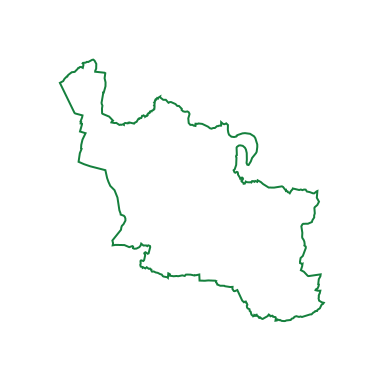 Mueang Nakhon Sawan, Nakhon Sawan, Thailand (Robinson projection), rotated 191°
{"feature_id": "78962969B39799880183753", "entity_name": "Mueang Nakhon Sawan", "entity_type": "district", "adm_level": 2, "iso_a3": "THA", "parent_name": "Thailand", "parent_adm1": "Nakhon Sawan", "projection": "robinson", "projection_center": [100.093, 15.705], "detail": "fine", "context": "isolated", "style": "outline", "palette": "green", "viewbox_px": 384, "rotation_deg": 191, "n_neighbors": 0, "source": "geoboundaries", "source_scale": "gbopen_adm2", "svg_char_len": 5988}
<svg xmlns="http://www.w3.org/2000/svg" viewBox="0 0 384 384"><g transform="rotate(191 192 192)"><path d="M67.6,89.0L65.9,90.0L63.1,89.8L61.7,90.5L60.2,90.3L52.6,94.4L51.3,94.7L49.9,96.8L48.6,97.8L48.3,98.6L46.5,99.1L46.3,100.3L44.3,102.2L43.3,106.1L42.0,107.2L41.5,108.4L43.6,108.5L46.5,109.6L47.5,111.9L47.4,113.2L47.8,114.1L47.6,116.1L47.3,116.6L47.2,119.6L49.6,119.1L52.0,119.2L51.9,119.9L50.3,121.4L49.8,123.7L49.8,125.4L50.5,125.5L50.9,130.6L49.9,133.7L50.0,135.7L61.5,131.7L62.4,131.8L67.0,135.1L70.2,136.0L69.7,140.1L69.8,142.7L70.6,142.2L71.2,142.8L72.3,142.8L72.7,144.1L72.8,147.9L71.0,150.4L69.6,158.8L70.0,160.2L71.5,160.9L71.4,162.2L72.3,164.8L73.6,166.7L74.6,167.5L75.3,168.8L75.9,173.0L78.1,179.2L77.5,181.2L76.8,182.0L72.1,183.0L68.6,185.4L68.4,187.3L67.2,190.3L67.6,192.2L67.4,194.5L68.8,199.6L68.6,200.5L66.5,203.2L65.5,206.7L68.4,210.2L69.1,216.9L69.7,216.5L71.8,214.0L73.0,213.8L76.6,214.4L79.3,214.4L80.9,216.0L82.5,215.8L84.0,214.9L85.6,215.2L87.2,214.4L93.7,214.7L93.8,213.8L94.9,212.1L95.8,209.4L97.0,210.1L98.0,210.1L98.4,210.9L99.4,211.1L99.9,210.9L100.2,212.2L101.0,212.0L103.5,214.3L104.8,214.7L112.2,212.0L117.6,211.0L123.8,213.4L126.3,214.9L129.8,216.0L129.9,214.4L132.1,214.9L132.7,213.9L134.2,214.4L135.2,214.0L135.2,213.2L135.6,212.6L136.2,212.9L137.7,212.4L140.3,212.1L141.2,212.5L141.8,210.3L142.8,210.0L142.9,210.5L145.4,211.9L145.6,212.5L144.9,213.2L144.4,214.6L144.9,215.4L145.4,215.7L146.1,215.5L146.5,214.5L147.1,214.1L147.9,215.4L150.2,217.9L150.4,219.1L151.1,220.2L151.9,220.3L153.0,219.2L154.0,219.4L155.3,221.3L154.4,222.5L153.8,227.0L154.9,234.2L155.5,235.0L155.5,236.3L155.0,236.7L156.7,244.0L156.5,244.8L155.6,245.8L154.8,246.6L153.5,247.0L151.0,247.0L148.5,245.6L147.2,244.0L145.7,240.7L144.3,234.1L144.0,230.9L142.9,229.3L141.6,229.3L140.1,233.2L139.5,236.9L136.6,242.4L136.2,243.8L136.5,248.6L137.0,251.1L140.1,256.9L141.7,258.5L146.1,260.2L151.2,259.9L153.6,259.2L157.8,256.8L158.9,255.9L158.8,255.2L159.1,254.9L161.1,254.0L163.9,253.8L166.6,255.3L167.7,257.2L168.7,259.9L169.5,264.6L171.5,265.9L172.9,264.8L173.8,264.7L174.7,264.9L176.7,266.1L176.1,262.7L178.3,262.2L179.0,261.6L179.9,261.5L181.8,259.2L183.3,258.9L184.9,257.9L186.5,258.0L188.8,259.2L195.0,260.8L198.8,260.5L199.3,260.0L201.6,259.7L201.6,259.1L201.2,258.9L201.2,257.5L203.2,257.5L204.2,258.0L206.5,257.6L208.4,259.1L209.7,263.6L209.3,267.8L209.5,268.5L210.5,269.7L211.8,270.2L214.1,269.4L216.1,269.5L217.9,270.6L217.9,271.7L221.3,274.0L222.9,273.7L225.0,275.2L229.8,276.3L230.8,276.1L232.1,275.1L235.3,277.5L237.8,277.0L241.5,278.9L241.5,279.6L243.1,278.1L243.2,277.3L244.1,277.6L244.5,276.4L244.8,276.7L245.5,275.9L245.8,274.4L245.6,274.1L246.2,272.6L245.6,272.4L245.5,270.4L245.7,269.9L245.3,269.8L245.3,268.9L244.9,268.4L245.1,266.5L244.8,266.3L245.3,265.4L245.6,265.4L245.9,264.8L247.4,263.8L247.2,263.4L248.3,263.0L248.4,262.4L248.7,262.5L248.8,261.6L249.4,260.9L249.8,261.0L250.6,259.6L250.2,258.8L250.9,257.9L251.4,258.0L252.2,257.1L252.3,257.5L253.1,257.3L254.1,258.0L255.0,257.3L255.5,257.2L255.9,255.0L257.4,254.5L257.6,253.8L258.3,253.9L258.6,253.5L259.8,250.3L261.1,249.4L261.5,248.7L262.1,248.5L262.1,248.1L266.9,248.3L267.1,248.2L266.9,248.0L267.1,247.6L267.9,247.7L268.2,247.1L270.8,247.0L271.9,245.9L271.7,244.9L272.8,245.2L274.4,244.4L275.0,244.5L276.1,244.0L279.5,245.4L281.2,244.9L284.4,244.9L284.2,245.8L283.2,247.0L287.7,250.2L294.8,251.7L295.3,252.2L296.3,256.8L296.4,259.7L297.4,261.2L297.8,262.3L298.0,271.5L298.3,272.6L297.6,272.7L297.1,279.3L297.8,283.2L299.5,287.0L299.8,292.1L300.5,292.4L310.0,291.6L310.1,292.7L309.6,294.8L310.4,299.5L312.7,302.3L314.1,303.1L315.2,302.7L318.7,299.8L320.0,299.7L321.1,298.7L323.7,297.9L323.9,297.4L323.4,297.2L322.8,296.1L322.9,293.0L324.8,293.6L326.1,293.1L326.4,292.4L327.3,292.1L327.7,291.1L330.1,287.5L332.9,286.6L335.9,283.2L336.4,281.6L336.8,281.7L338.8,278.7L339.6,276.3L342.5,273.9L322.5,247.3L321.6,246.8L314.1,246.3L314.1,244.3L314.9,239.8L314.2,239.6L314.4,238.0L313.0,238.0L312.9,237.5L313.5,230.0L307.7,229.4L309.5,222.5L309.7,217.0L309.2,213.5L308.6,213.3L309.5,208.7L309.1,200.0L303.3,198.7L296.7,197.8L281.2,196.9L278.0,189.5L276.0,186.1L273.4,182.4L268.4,179.0L264.1,172.3L259.8,160.2L258.0,157.2L257.7,156.2L254.4,155.7L253.3,154.9L252.3,153.2L251.9,151.2L253.1,147.3L254.4,145.3L254.6,143.7L254.5,141.4L260.9,129.2L259.7,126.6L259.7,124.5L256.9,125.5L248.2,127.0L243.1,125.9L240.2,127.5L239.4,127.2L239.2,125.6L237.8,125.3L235.7,125.9L233.2,127.8L232.2,129.7L232.0,131.6L229.5,130.2L226.7,130.8L225.6,130.3L224.8,131.3L223.0,131.0L222.5,130.0L222.9,123.5L223.7,122.9L226.1,124.0L227.0,123.3L227.1,122.5L226.2,121.7L225.9,120.8L226.0,116.1L226.6,115.0L228.9,115.2L229.4,114.4L228.7,111.8L228.9,110.6L228.1,109.0L226.1,108.9L225.9,108.2L225.3,108.7L223.2,108.1L222.1,109.5L219.9,108.4L218.6,108.8L218.3,108.4L217.1,108.1L217.1,107.3L216.0,106.2L214.4,106.7L212.3,106.1L210.2,106.1L207.5,105.3L206.0,105.2L204.5,103.8L203.7,103.6L199.9,103.6L199.3,103.2L199.7,107.6L199.0,107.4L199.0,107.0L197.9,106.9L197.8,105.6L193.9,105.8L191.2,106.6L189.5,106.7L185.6,108.3L183.1,108.2L182.4,109.6L181.2,110.0L177.5,110.6L173.7,110.5L173.4,111.0L172.6,110.9L169.1,112.4L167.7,106.5L162.6,107.3L159.2,108.3L152.0,109.4L151.3,109.2L151.5,108.8L151.2,107.9L149.8,106.9L149.6,106.0L146.4,105.4L142.4,106.1L141.7,105.8L136.4,106.0L134.1,106.6L133.8,104.5L132.1,102.8L131.1,102.8L128.8,104.4L122.0,95.0L120.0,93.7L118.9,94.6L118.2,94.7L117.8,93.6L117.1,93.4L116.1,91.8L116.5,90.8L116.0,89.3L115.2,88.4L113.2,87.9L112.7,86.3L111.6,85.7L110.3,83.0L109.0,82.2L108.1,82.4L108.0,81.8L107.1,82.3L107.2,83.1L106.0,82.7L105.6,83.7L105.1,83.9L104.4,82.7L103.4,82.6L102.2,81.3L101.8,81.3L101.6,82.0L101.3,82.0L99.6,81.0L98.4,80.9L94.2,84.5L93.3,86.2L92.7,85.7L92.4,86.0L91.2,85.0L89.6,85.9L88.6,85.4L88.5,85.0L86.2,85.1L85.6,84.2L85.5,81.6L84.1,82.1L83.7,83.2L81.9,82.8L81.3,83.2L79.4,82.6L77.5,82.8L76.0,83.1L74.9,83.9L70.7,85.2L70.0,86.6L68.4,87.5L67.6,89.0Z" fill="none" stroke="#15803d" stroke-width="2"/></g></svg>